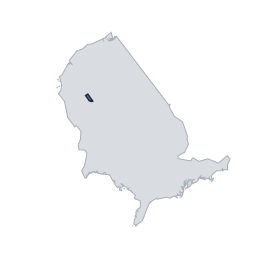 Kane, Utah, United States of America (highlighted), rotated 54°
{"feature_id": "52423323B18602479279473", "entity_name": "Kane", "entity_type": "district", "adm_level": 2, "iso_a3": "USA", "parent_name": "United States of America", "parent_adm1": "Utah", "projection": "orthographic", "projection_center": [-111.142, 37.272], "detail": "fine", "context": "in_parent", "style": "filled", "palette": "slate", "viewbox_px": 256, "rotation_deg": 54, "n_neighbors": 0, "source": "geoboundaries", "source_scale": "gbopen_adm2", "svg_char_len": 4195}
<svg xmlns="http://www.w3.org/2000/svg" viewBox="0 0 256 256"><g transform="rotate(54 128 128)"><path d="M199.9,81.5L209.6,75.5L208.7,64.0L213.1,63.7L216.3,69.3L220.5,72.0L217.6,75.4L217.9,76.6L216.6,75.6L216.9,78.4L214.7,81.5L215.5,88.4L218.4,90.0L219.4,89.1L218.6,88.2L219.2,88.5L219.9,89.7L216.9,92.3L215.7,91.2L216.2,93.2L212.4,95.6L210.4,99.4L210.1,97.9L209.5,97.1L210.0,100.7L211.1,100.9L211.9,103.8L211.2,108.3L208.1,107.0L208.6,104.2L207.7,106.4L209.2,108.6L210.7,109.7L211.5,111.2L210.9,118.1L210.4,114.1L207.0,111.6L207.0,107.4L205.3,109.4L208.1,114.4L205.4,113.7L204.7,114.1L204.8,112.2L204.5,111.7L204.3,113.3L204.7,114.4L208.6,115.2L208.3,116.4L206.2,115.2L205.5,115.1L208.1,116.6L209.0,116.7L209.1,118.2L207.7,117.6L210.0,119.0L209.7,119.4L208.6,118.7L206.4,119.0L209.6,120.0L211.1,119.3L214.4,123.6L211.7,120.3L213.0,122.6L209.9,123.3L212.8,124.9L213.6,123.8L213.1,126.5L210.0,126.9L212.1,127.4L211.0,129.1L213.0,129.2L210.0,131.0L209.5,135.3L206.7,137.5L202.7,146.3L201.7,145.9L201.0,152.8L201.2,154.3L203.4,158.6L211.3,170.7L211.4,178.5L209.1,179.8L206.0,176.7L204.8,173.6L200.6,171.0L201.4,169.0L199.7,169.6L199.3,164.5L194.3,161.0L188.5,164.0L186.8,161.5L180.6,162.9L181.2,161.6L180.3,163.0L177.7,164.2L177.2,162.1L177.1,163.7L168.6,166.2L172.5,166.5L171.6,168.8L174.7,170.0L173.5,171.4L169.9,169.5L170.1,171.6L165.7,171.7L162.9,169.7L161.6,171.3L155.0,170.5L151.7,174.0L152.6,173.1L150.5,172.7L149.9,176.4L146.3,179.3L147.1,178.4L144.5,178.5L145.5,179.5L142.7,181.5L142.0,185.5L140.5,185.1L141.8,186.0L142.4,189.5L143.9,191.5L143.0,192.3L135.4,190.7L133.2,185.7L124.5,176.1L120.4,175.9L116.9,180.4L112.0,178.0L109.5,173.4L103.0,168.0L95.7,168.3L95.8,170.4L84.1,170.6L69.1,163.7L59.4,164.1L58.2,160.3L54.3,156.5L46.1,153.1L46.3,150.5L40.5,138.0L40.8,136.8L42.0,138.5L41.4,135.9L44.4,136.0L38.9,135.7L35.5,124.2L37.3,118.6L36.6,111.9L38.6,107.9L41.1,96.0L43.6,96.6L40.9,95.7L42.2,92.6L41.2,92.5L40.6,85.5L46.4,87.5L44.7,90.9L47.1,88.6L46.5,91.5L44.9,92.1L45.9,92.3L47.2,91.2L48.0,88.3L47.0,83.5L133.7,81.5L133.3,79.7L135.6,82.3L145.8,83.6L154.9,80.3L170.1,84.8L171.4,86.7L176.8,88.7L180.9,96.4L180.0,103.9L182.2,105.6L191.6,96.5L190.1,93.6L190.8,92.7L196.7,90.2L199.9,81.5ZM214.2,96.3L215.7,95.2L210.4,99.9L214.5,95.3L214.2,96.3ZM47.1,86.4L47.6,88.3L47.5,88.6L46.6,87.1L47.1,86.4ZM143.7,190.9L142.4,187.9L142.2,186.1L142.6,188.0L143.7,190.9ZM218.1,75.4L218.5,76.3L218.1,76.3L218.1,75.4ZM163.1,170.6L163.4,171.2L162.6,170.8L163.1,170.6ZM49.1,156.3L50.1,156.0L49.1,156.3ZM48.1,155.9L47.7,156.4L47.4,155.9L48.1,155.9ZM218.5,91.6L218.3,92.4L218.1,92.3L218.5,91.6ZM142.6,184.4L142.2,185.9L143.3,183.0L142.6,184.4ZM208.9,166.7L210.4,169.1L208.7,166.5L208.9,166.7ZM53.9,159.1L54.3,159.9L53.8,159.2L53.9,159.1ZM211.9,178.8L211.3,179.9L212.1,177.7L211.9,178.8ZM215.2,125.1L214.9,126.5L214.6,123.7L215.2,125.1ZM46.5,84.7L46.4,85.3L46.1,85.0L46.5,84.7ZM145.6,180.1L144.3,181.0L145.7,179.9L145.6,180.1ZM220.2,91.0L220.5,91.7L219.9,91.8L220.2,91.0ZM53.7,161.2L54.0,162.2L53.6,161.3L53.7,161.2ZM144.0,181.6L143.5,182.0L143.9,181.4L144.0,181.6ZM211.6,112.4L211.4,114.1L211.5,111.8L211.6,112.4ZM151.4,174.7L150.6,175.4L151.7,174.2L151.4,174.7ZM201.4,153.4L201.5,154.6L201.2,153.8L201.4,153.4ZM213.4,129.3L213.2,129.6L213.7,128.5L213.4,129.3ZM190.6,163.1L189.7,164.0L189.3,164.0L190.6,163.1ZM177.2,164.1L177.1,164.4L176.5,164.5L177.2,164.1ZM203.7,174.1L204.0,174.8L203.5,174.0L203.7,174.1ZM174.8,166.4L174.8,167.2L174.5,165.9L174.8,166.4ZM210.0,181.5L209.5,181.8L210.2,181.3L210.0,181.5ZM211.9,104.3L211.9,105.2L211.9,104.0L211.9,104.3ZM214.4,126.9L214.2,127.3L214.4,126.9Z" fill="#d9dde1" stroke="#a8b0b8" stroke-width="1"/><path d="M78.3,143.2L79.0,143.2L82.7,143.3L82.9,143.3L82.9,143.2L83.0,143.2L83.3,143.1L83.5,142.9L83.8,142.8L84.0,142.8L84.2,142.7L84.3,142.7L84.5,142.5L84.5,142.4L84.6,142.2L84.8,142.0L84.8,141.9L84.9,141.7L84.7,141.6L84.8,141.6L85.0,141.7L85.3,141.6L85.3,141.4L85.2,141.4L85.3,141.3L85.4,141.2L85.2,141.1L85.3,141.1L85.3,140.9L85.5,141.0L85.6,140.9L85.5,140.7L84.2,140.7L81.1,140.7L79.8,140.7L79.0,140.6L77.8,140.6L77.0,140.6L77.0,140.8L76.9,141.8L76.9,143.2L77.2,143.2L78.0,143.2L78.3,143.2L78.3,143.2Z" fill="#64748b" stroke="#1e293b" stroke-width="1.5"/></g></svg>